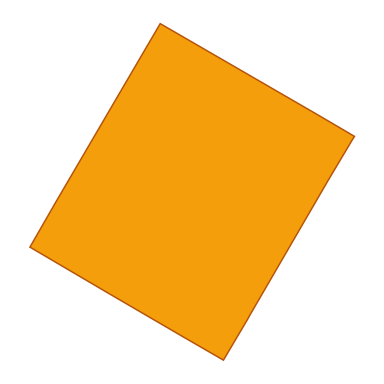 outline of Barron, Wisconsin, United States of America, rotated 300°
{"feature_id": "52423323B47194785340337", "entity_name": "Barron", "entity_type": "district", "adm_level": 2, "iso_a3": "USA", "parent_name": "United States of America", "parent_adm1": "Wisconsin", "projection": "robinson", "projection_center": [-91.799, 45.423], "detail": "fine", "context": "isolated", "style": "filled", "palette": "amber", "viewbox_px": 384, "rotation_deg": 300, "n_neighbors": 0, "source": "geoboundaries", "source_scale": "gbopen_adm2", "svg_char_len": 355}
<svg xmlns="http://www.w3.org/2000/svg" viewBox="0 0 384 384"><g transform="rotate(300 192 192)"><path d="M321.9,80.3L115.2,79.1L63.2,79.2L62.5,169.0L62.1,258.9L62.1,303.3L110.2,303.8L114.0,303.7L269.3,304.1L314.1,304.7L314.8,304.7L315.9,304.7L321.4,304.9L321.4,303.1L321.7,260.3L321.9,80.3Z" fill="#f59e0b" stroke="#b45309" stroke-width="1.5"/></g></svg>